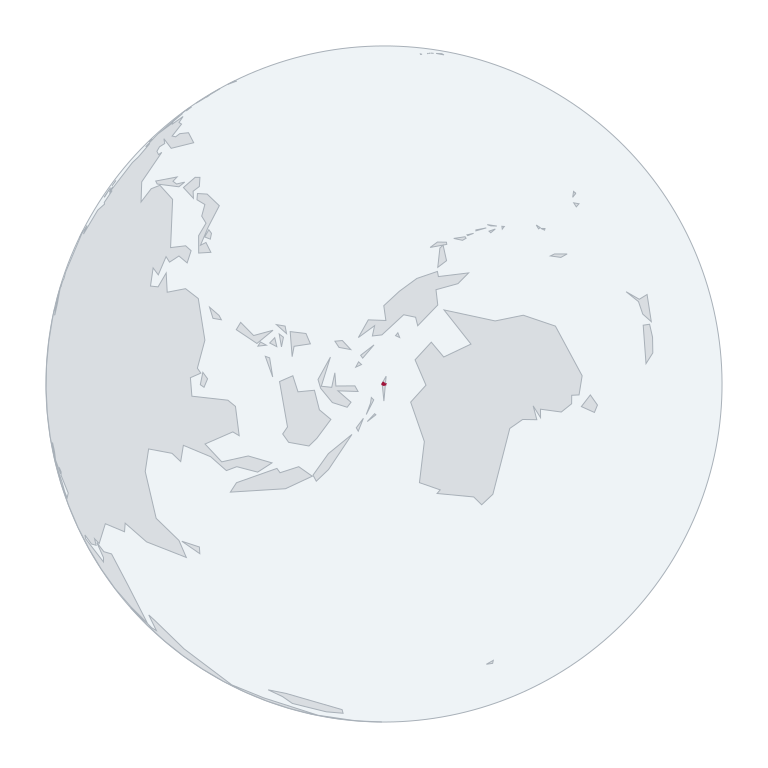 globe centered on Manatuto, rotated 301°
{"feature_id": "TLS-550", "entity_name": "Manatuto", "entity_type": "District", "adm_level": 1, "iso_a3": "TLS", "parent_name": "East Timor", "parent_adm1": "", "projection": "orthographic", "projection_center": [126.0, -8.769], "detail": "fine", "context": "on_globe", "style": "filled", "palette": "rose", "viewbox_px": 768, "rotation_deg": 301, "n_neighbors": 0, "source": "natural_earth", "source_scale": "10m", "svg_char_len": 7272}
<svg xmlns="http://www.w3.org/2000/svg" viewBox="0 0 768 768"><g transform="rotate(301 384 384)"><circle cx="384" cy="384" r="338" fill="#eef3f6" stroke="#a8b0b8"/><path d="M646.7,447.3L646.4,449.9L646.0,450.1L646.7,447.3ZM564.4,98.3L567.0,100.0L567.9,101.8L560.3,95.7L564.4,98.3ZM553.0,91.4L551.1,90.5L544.3,86.6L538.9,84.1L531.0,80.0L527.9,78.3L553.0,91.4ZM520.9,75.1L520.1,74.7L511.1,71.0L513.1,71.7L520.9,75.1ZM697.0,265.9L694.2,258.4L696.9,263.4L697.0,265.9ZM691.8,253.7L693.0,256.3L691.9,254.1L691.8,253.7ZM690.6,252.1L691.5,253.3L690.8,252.7L690.6,252.1ZM689.3,250.9L689.9,251.2L689.9,251.5L689.3,250.9ZM686.2,246.8L685.3,245.5L685.7,245.1L686.2,246.8ZM539.6,84.5L541.6,85.7L538.0,84.0L539.6,84.5ZM522.5,76.4L516.1,73.8L522.0,76.0L522.5,76.4ZM512.0,72.0L496.5,66.8L499.6,68.6L482.1,61.4L501.1,67.7L507.7,69.8L507.4,70.0L512.0,72.0ZM474.9,58.8L470.6,57.6L474.4,58.6L474.9,58.8ZM269.4,66.1L269.7,66.0L274.0,64.5L277.4,63.3L278.1,63.1L277.7,63.8L280.9,62.7L282.3,62.0L289.5,59.6L302.2,56.2L301.4,56.6L296.7,57.8L285.6,61.9L273.2,66.2L274.2,66.1L284.7,62.6L298.2,57.5L306.1,55.4L300.8,57.2L303.4,56.3L307.0,55.5L309.8,55.3L316.2,53.4L357.4,47.5L367.0,47.8L357.7,49.2L385.6,49.1L394.2,51.8L395.5,50.7L409.7,51.4L407.2,50.5L408.9,50.2L444.3,54.3L452.0,56.5L468.6,59.3L469.3,59.1L464.6,57.5L482.1,61.4L499.6,68.6L497.3,68.5L509.8,74.0L502.6,73.6L502.5,76.6L487.4,74.7L488.6,78.1L493.4,80.0L498.7,87.0L492.8,96.6L476.4,80.2L480.9,69.0L477.2,72.2L471.7,69.4L466.5,69.5L464.5,72.6L468.1,74.2L432.5,72.2L414.9,82.0L431.5,83.9L438.9,89.6L433.4,107.7L391.0,130.8L400.3,142.8L398.9,150.0L386.4,152.9L388.1,142.3L378.0,137.4L380.9,131.6L361.3,134.3L364.6,126.3L347.7,133.4L350.9,140.3L367.0,140.1L351.0,150.9L363.5,164.8L361.6,180.8L329.3,207.9L301.4,215.9L299.0,221.4L289.7,214.8L274.6,225.6L289.7,258.5L288.3,268.2L265.1,286.5L265.1,279.1L240.4,261.5L233.7,285.0L252.4,304.7L258.7,328.6L243.4,321.1L237.3,300.4L228.6,293.5L232.4,272.9L228.1,243.6L212.8,249.7L215.4,238.0L207.1,215.7L186.0,224.4L151.5,257.9L144.3,288.8L133.5,303.9L126.4,261.8L131.4,233.8L123.7,237.7L120.7,217.1L100.6,222.0L102.3,215.6L97.5,220.3L96.2,215.7L100.6,205.4L97.7,207.9L87.0,235.2L90.7,233.0L100.2,219.5L96.0,230.2L98.0,238.0L79.3,268.8L57.1,304.4L62.6,281.9L70.2,258.7L79.8,236.9L90.9,215.9L103.4,195.7L117.4,176.4L132.6,158.2L149.1,141.1L166.8,125.1L185.5,110.5L205.3,97.2L225.9,85.3L247.3,75.0L269.4,66.1ZM61.7,282.3L56.6,305.9L55.4,310.2L55.4,315.9L64.9,301.3L63.3,309.2L54.0,349.0L47.7,408.4L53.0,442.4L60.2,473.1L66.1,498.1L75.6,520.9L80.1,531.7L87.0,545.1L93.2,556.2L81.9,535.4L72.0,513.9L63.7,491.8L57.0,469.1L51.8,446.0L48.3,422.6L46.4,399.0L46.2,375.4L47.6,351.7L50.7,328.3L55.4,305.1L61.7,282.3ZM123.3,171.0L127.9,169.5L139.5,154.1L142.3,152.6L145.3,148.4L140.4,153.1L149.6,141.7L156.6,136.2L163.1,130.0L161.8,130.4L147.6,142.7L134.2,158.4L127.3,165.7L123.3,171.0ZM196.5,616.1L203.4,620.0L200.5,621.0L196.5,616.1ZM68.3,459.3L83.3,515.8L80.7,518.5L73.3,503.4L63.0,470.0L63.8,458.0L62.2,442.2L68.3,459.3ZM343.2,389.0L353.7,391.3L353.4,392.9L343.2,389.0ZM332.2,382.8L344.0,384.0L330.3,386.2L332.2,382.8ZM348.7,384.5L360.7,382.3L365.9,380.1L365.1,383.4L348.7,384.5ZM324.3,382.5L282.1,380.5L265.8,376.0L269.3,370.1L295.7,372.2L324.3,382.5ZM268.0,370.0L243.5,353.5L212.2,308.0L223.4,308.4L256.5,335.7L254.4,340.6L269.2,353.5L268.0,370.0ZM328.6,341.9L326.3,356.7L302.8,354.4L292.2,351.6L284.9,332.3L289.0,322.9L297.5,323.4L332.3,293.2L344.1,301.6L333.0,314.3L342.8,327.6L328.6,341.9ZM145.1,291.7L149.2,309.7L143.7,313.5L145.1,291.7ZM347.5,272.5L332.7,285.0L346.6,268.0L347.5,272.5ZM356.4,256.5L356.7,263.2L351.5,256.4L356.4,256.5ZM297.6,230.1L288.5,231.4L288.8,226.9L300.7,222.7L297.6,230.1ZM360.0,194.9L357.8,207.3L355.3,211.5L352.2,203.6L360.0,194.9ZM352.4,47.8L358.7,47.1L360.7,47.1L359.5,47.2L352.4,47.8ZM358.0,47.1L357.9,47.1L352.8,47.6L352.1,47.6L358.0,47.1ZM567.9,575.9L572.0,580.9L562.4,590.1L549.1,598.4L536.4,598.1L567.9,575.9ZM468.0,579.0L466.3,564.8L480.9,566.5L475.9,577.8L468.0,579.0ZM577.2,569.8L585.7,559.7L587.8,544.0L588.1,559.2L596.2,563.4L575.1,581.0L577.2,569.8ZM410.7,514.7L345.6,534.1L330.8,529.9L333.4,519.1L317.5,485.9L322.2,486.7L317.7,465.2L355.5,448.2L382.2,416.2L404.6,420.6L420.7,398.2L444.2,403.0L437.9,421.3L463.0,438.0L478.4,397.3L495.3,446.8L514.7,468.0L521.9,501.1L493.1,549.6L475.1,556.8L471.0,550.7L463.7,555.0L451.3,550.4L443.0,531.1L435.8,535.5L442.1,523.1L432.1,533.4L425.0,521.1L410.7,514.7ZM579.5,460.7L583.3,463.2L589.8,474.0L583.6,470.4L579.5,460.7ZM637.0,453.3L638.9,458.3L634.9,457.6L637.0,453.3ZM646.0,450.1L641.2,449.6L646.7,447.3L646.0,450.1ZM598.1,438.2L600.2,441.9L598.6,442.4L598.1,438.2ZM596.6,436.6L598.7,432.6L598.5,437.3L596.6,436.6ZM577.7,405.6L579.9,403.8L581.0,406.0L577.7,405.6ZM369.3,392.7L383.7,382.0L391.8,381.8L369.3,392.7ZM574.2,399.6L568.6,397.6L569.1,395.3L574.2,399.6ZM574.5,394.0L573.8,390.4L577.5,399.4L574.5,394.0ZM563.4,383.4L570.5,391.3L562.6,383.9L563.4,383.4ZM559.3,383.2L554.3,379.3L554.6,378.3L559.3,383.2ZM504.1,375.3L522.8,399.3L508.1,395.7L491.6,380.0L479.4,389.4L451.3,382.9L457.5,376.7L453.5,365.2L425.0,356.9L419.2,349.3L429.2,345.9L410.6,338.1L430.9,337.5L439.4,352.9L451.0,343.5L471.4,349.4L491.4,357.8L508.0,371.8L504.1,375.3ZM431.4,369.0L435.0,369.5L431.9,373.5L431.4,369.0ZM544.7,368.8L552.0,377.7L551.2,379.3L547.6,377.3L544.7,368.8ZM511.7,370.0L529.3,361.9L533.5,363.1L521.9,374.1L511.7,370.0ZM524.8,353.2L533.2,356.7L537.7,364.5L536.0,365.9L524.8,353.2ZM389.9,350.8L389.1,354.7L383.9,351.1L389.9,350.8ZM396.6,349.2L412.4,355.3L395.2,352.4L396.6,349.2ZM349.8,331.4L354.2,340.9L368.3,336.1L357.5,343.8L367.4,360.0L364.2,365.6L354.4,348.0L351.4,365.1L345.1,364.4L341.5,349.3L347.7,331.9L353.9,325.1L379.5,324.2L349.8,331.4ZM396.4,337.8L392.2,326.6L395.4,319.9L399.8,325.9L396.4,337.8ZM380.5,300.2L370.0,287.5L360.1,291.2L380.6,276.6L387.1,291.1L380.5,300.2ZM372.3,273.7L363.0,277.0L372.9,268.4L372.3,273.7ZM360.8,272.9L360.3,264.9L367.4,266.5L360.8,272.9ZM377.0,274.5L379.5,261.2L382.7,269.4L377.0,274.5ZM358.4,247.3L372.9,261.2L353.3,254.2L354.5,229.4L363.0,229.4L358.4,247.3ZM418.7,160.5L417.7,154.6L426.0,154.4L424.3,158.5L418.7,160.5ZM452.0,151.0L427.9,152.5L408.4,155.2L413.6,158.5L407.7,167.8L400.8,157.7L415.7,148.7L430.2,148.6L434.0,141.3L445.6,138.0L445.6,128.8L451.2,126.0L455.7,134.6L452.0,151.0ZM445.0,125.0L449.1,110.9L463.9,115.7L466.3,119.8L458.2,124.0L450.9,121.1L445.0,125.0ZM454.4,109.2L447.4,106.6L438.6,86.6L440.4,83.8L454.9,100.0L449.1,98.7L448.6,103.2L454.4,109.2ZM471.1,57.9L470.7,57.7L473.8,58.6L471.1,57.9ZM407.2,49.7L410.0,49.4L413.5,50.1L407.2,49.7ZM419.7,49.4L413.7,48.8L420.4,49.2L419.7,49.4ZM400.4,47.8L411.5,48.4L400.4,48.2L400.4,47.8Z" fill="#d9dde1" stroke="#a8b0b8" stroke-width="1"/><path d="M384.8,385.4L384.7,385.4L384.3,385.7L384.2,385.5L383.9,385.3L383.7,385.2L383.5,384.9L383.2,384.8L383.1,384.7L382.9,384.5L382.8,384.3L382.9,383.9L382.8,383.6L382.7,383.4L382.6,383.1L382.6,382.9L382.8,382.9L382.9,382.7L383.0,382.6L383.0,382.4L383.4,382.3L384.0,382.4L384.2,382.5L384.4,382.5L384.5,382.5L384.8,382.4L384.9,382.5L385.0,382.6L385.0,382.8L385.0,383.1L385.0,383.3L384.9,383.4L384.8,383.5L384.6,383.4L384.5,383.5L384.4,383.9L384.2,384.0L384.3,384.4L384.5,384.6L384.5,384.8L384.5,385.0L384.8,385.4L384.8,385.4Z" fill="#f43f5e" stroke="#9f1239" stroke-width="1.5"/></g></svg>